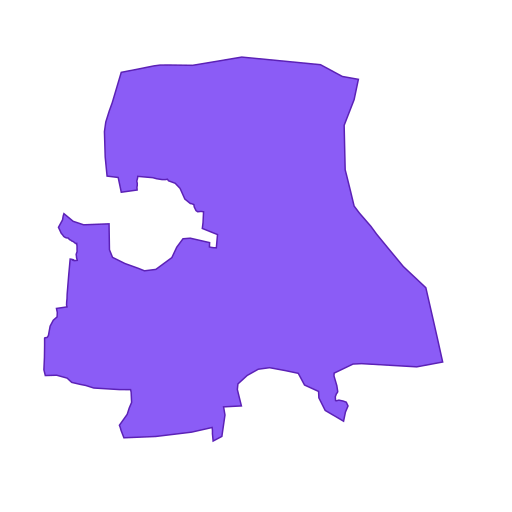 Illela, Sokoto, Nigeria, rotated 98°
{"feature_id": "59680162B27389948970996", "entity_name": "Illela", "entity_type": "district", "adm_level": 2, "iso_a3": "NGA", "parent_name": "Nigeria", "parent_adm1": "Sokoto", "projection": "albers", "projection_center": [5.376, 13.671], "detail": "fine", "context": "isolated", "style": "filled", "palette": "violet", "viewbox_px": 512, "rotation_deg": 98, "n_neighbors": 0, "source": "geoboundaries", "source_scale": "gbopen_adm2", "svg_char_len": 2589}
<svg xmlns="http://www.w3.org/2000/svg" viewBox="0 0 512 512"><g transform="rotate(98 256 256)"><path d="M92.9,415.0L124.3,419.7L132.8,421.5L144.2,423.4L153.9,423.4L179.0,419.1L197.6,414.6L197.4,403.4L211.6,398.3L207.2,382.9L204.4,383.5L202.8,383.4L200.5,383.7L198.5,384.5L195.2,384.1L193.6,384.2L192.8,369.0L193.3,365.3L193.4,359.7L193.0,356.5L192.3,354.4L193.7,353.1L195.2,346.2L199.6,340.6L209.5,334.4L213.2,328.3L213.1,327.4L213.7,324.7L216.0,324.0L219.4,321.7L220.3,319.9L219.5,316.6L219.5,314.1L230.3,313.1L236.2,313.0L239.2,300.9L240.1,297.1L253.4,296.4L253.7,299.3L253.7,301.8L253.5,303.4L249.2,303.8L247.5,323.6L249.1,330.7L258.3,335.7L269.3,339.1L283.2,353.3L286.2,364.4L284.6,370.8L281.7,384.7L277.3,397.9L270.2,402.0L244.6,406.0L249.1,431.0L247.1,441.9L240.8,452.1L243.2,452.5L247.1,452.6L255.1,455.6L260.8,451.9L261.7,450.7L263.4,449.1L263.9,448.1L264.4,446.6L264.4,444.5L264.5,444.2L265.3,443.5L265.9,442.5L266.0,441.8L266.8,440.5L267.2,438.8L268.3,437.2L268.6,435.9L268.9,435.7L268.6,435.3L271.1,434.6L274.7,434.1L276.3,433.8L277.1,433.9L278.7,434.2L279.5,434.3L281.5,433.7L282.2,433.6L283.3,433.2L283.7,433.0L284.5,432.6L285.2,432.4L285.9,435.2L285.8,435.7L285.8,435.8L285.4,435.8L285.2,436.1L285.5,436.3L285.5,436.8L285.6,437.1L285.0,437.3L284.9,438.2L284.9,439.6L301.2,438.8L320.1,437.7L324.7,437.2L327.7,437.1L330.8,436.8L332.7,436.1L335.7,446.3L339.6,444.9L344.0,444.5L347.8,447.8L354.1,450.1L363.6,450.5L365.6,451.4L366.1,452.5L366.3,453.6L366.8,453.9L373.9,452.9L385.8,451.4L398.2,450.2L403.7,448.0L401.8,436.8L403.2,426.1L406.8,420.9L407.6,412.2L407.9,406.6L409.3,398.3L407.3,372.7L405.8,361.6L408.2,360.7L418.3,358.8L424.3,360.4L430.7,361.5L442.6,367.7L444.6,366.6L447.4,365.4L454.4,361.5L448.7,330.3L439.4,295.3L433.5,279.7L431.9,275.6L434.5,274.9L437.2,274.5L438.2,274.4L438.9,274.2L445.2,272.7L439.4,264.7L417.8,264.6L409.9,267.1L406.5,249.6L390.8,255.9L385.2,256.1L375.5,248.1L367.8,238.0L364.7,227.0L365.4,210.9L366.3,197.8L377.0,190.0L381.4,175.2L387.7,174.0L399.3,166.0L407.4,146.3L398.1,145.7L391.7,144.0L388.2,146.3L387.5,149.5L387.2,153.9L388.2,156.3L388.1,157.1L386.6,157.4L384.4,157.9L381.2,157.2L379.9,156.4L378.9,156.2L373.2,157.9L363.9,162.1L361.1,162.3L349.5,144.9L347.9,136.5L343.4,81.4L335.0,56.4L334.2,56.7L314.7,64.0L297.3,70.6L263.8,83.4L245.9,108.7L229.4,126.8L217.5,139.7L210.7,146.3L198.9,159.8L192.9,165.8L178.2,171.6L163.3,177.6L158.2,179.7L135.1,183.5L114.3,186.9L87.5,180.6L66.8,179.2L66.2,195.5L57.6,218.7L61.0,297.8L76.0,345.3L79.0,368.9L80.3,377.6L81.9,383.4L92.9,415.0Z" fill="#8b5cf6" stroke="#5b21b6" stroke-width="1.5"/></g></svg>